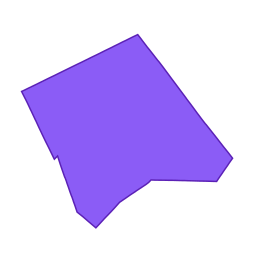 the district of Comuna 6, Ciudad de Buenos Aires, Argentina, rotated 164°
{"feature_id": "61730980B491501502306", "entity_name": "Comuna 6", "entity_type": "district", "adm_level": 2, "iso_a3": "ARG", "parent_name": "Argentina", "parent_adm1": "Ciudad de Buenos Aires", "projection": "mercator", "projection_center": [-58.443, -34.617], "detail": "fine", "context": "isolated", "style": "filled", "palette": "violet", "viewbox_px": 256, "rotation_deg": 164, "n_neighbors": 0, "source": "geoboundaries", "source_scale": "gbopen_adm2", "svg_char_len": 1826}
<svg xmlns="http://www.w3.org/2000/svg" viewBox="0 0 256 256"><g transform="rotate(164 128 128)"><path d="M52.5,110.7L54.6,116.0L57.4,123.3L58.9,127.4L61.1,133.3L63.6,139.7L63.9,140.7L67.0,148.9L69.8,156.3L72.5,163.4L75.1,170.4L76.5,174.1L77.5,176.8L80.3,183.9L80.4,184.0L80.8,184.8L83.3,191.1L86.2,198.2L87.3,200.7L87.8,202.1L90.2,208.2L90.7,209.6L92.9,215.1L98.4,214.2L104.3,213.1L105.8,212.8L109.0,212.3L110.1,212.1L113.7,211.4L119.3,210.4L121.2,210.0L129.3,208.6L137.3,207.1L143.2,206.1L154.7,204.0L159.5,203.2L166.8,201.9L174.6,200.5L179.1,199.7L184.0,198.8L190.5,197.7L191.6,197.5L198.8,196.2L205.4,195.0L211.9,193.9L213.0,193.7L216.3,193.1L218.5,192.7L220.2,192.5L219.9,190.7L219.1,186.5L218.9,185.4L218.7,184.6L218.0,180.8L217.7,179.1L216.6,172.2L216.4,171.3L214.9,161.8L214.6,160.3L214.1,157.1L213.5,153.1L212.4,146.5L212.4,146.3L212.2,145.2L211.0,138.2L210.8,137.1L209.7,131.3L207.6,119.3L207.4,118.3L203.4,120.5L203.1,111.5L202.9,107.3L202.4,98.3L202.2,97.5L201.9,93.5L201.9,92.2L201.6,87.6L201.4,83.2L201.1,78.6L200.9,77.2L200.7,73.5L200.7,72.5L200.4,68.1L200.1,61.2L195.7,55.0L191.6,48.7L186.4,40.9L183.7,42.5L178.1,45.9L177.1,46.5L176.2,47.1L169.6,50.9L168.4,51.6L167.5,52.1L167.4,52.2L166.8,52.6L166.7,52.6L162.6,55.1L159.9,56.8L156.4,59.0L155.9,59.1L151.5,60.6L150.5,60.9L144.7,62.9L144.1,63.1L137.8,65.1L137.0,65.4L130.9,67.3L125.9,68.9L123.1,70.0L120.2,71.7L116.2,70.4L105.8,67.3L104.6,66.9L99.8,65.5L97.6,64.8L97.2,64.7L95.9,64.3L95.8,64.2L95.6,64.2L93.2,63.4L90.6,62.6L88.5,62.0L85.8,61.1L85.2,60.9L80.4,59.4L75.4,57.8L72.6,56.9L71.2,56.5L67.3,55.3L59.5,52.8L57.5,52.2L55.9,53.6L52.2,56.7L51.5,57.2L47.1,60.9L41.8,65.2L41.4,65.6L38.7,67.8L36.8,69.3L35.8,70.1L38.4,76.6L41.3,83.5L44.2,90.7L46.8,97.2L47.2,98.1L49.5,103.7L52.0,109.8L52.5,110.7Z" fill="#8b5cf6" stroke="#5b21b6" stroke-width="1.5"/></g></svg>